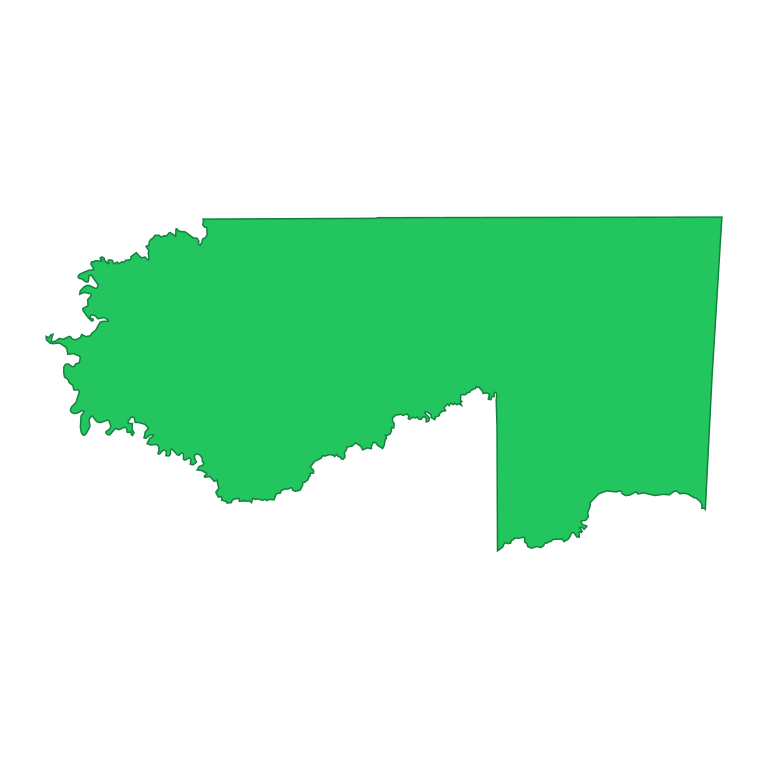 outline of San Luis, Petén, Guatemala
{"feature_id": "79465075B4836456001209", "entity_name": "San Luis", "entity_type": "district", "adm_level": 2, "iso_a3": "GTM", "parent_name": "Guatemala", "parent_adm1": "Petén", "projection": "albers", "projection_center": [-89.769, 16.056], "detail": "fine", "context": "isolated", "style": "filled", "palette": "green", "viewbox_px": 768, "rotation_deg": 0, "n_neighbors": 0, "source": "geoboundaries", "source_scale": "gbopen_adm2", "svg_char_len": 6019}
<svg xmlns="http://www.w3.org/2000/svg" viewBox="0 0 768 768"><path d="M564.0,541.6L568.1,539.3L570.6,535.5L570.8,533.7L572.5,532.5L574.2,533.0L576.9,537.0L579.4,537.1L578.8,532.3L579.5,531.8L581.3,532.6L582.3,531.4L579.6,527.6L582.1,527.4L584.1,529.3L586.8,526.6L586.5,525.7L582.7,524.8L580.9,521.7L582.1,520.6L585.6,520.5L588.4,516.7L587.6,513.0L590.1,506.1L590.3,502.5L598.8,493.7L606.8,490.9L616.0,491.9L620.2,490.9L621.4,491.5L622.4,493.9L625.7,495.6L630.2,494.9L635.9,491.8L638.0,494.0L643.6,492.8L654.7,495.5L663.6,494.3L669.3,494.9L674.0,491.4L676.7,491.1L680.1,493.9L682.8,493.2L687.6,493.8L693.8,497.7L696.0,497.9L700.6,501.9L701.9,504.5L701.9,508.3L704.3,508.4L705.3,509.4L712.0,377.4L721.9,217.1L377.3,217.7L376.8,218.3L203.0,219.1L203.5,221.9L202.7,224.6L204.5,227.1L206.8,227.5L207.1,234.8L205.4,237.7L202.5,239.1L201.9,242.5L200.0,245.4L198.5,244.0L198.8,241.0L197.0,238.2L193.5,238.0L185.4,232.0L178.7,231.1L176.9,228.8L176.0,229.1L175.6,236.1L170.2,232.6L168.8,233.1L166.6,236.0L164.1,235.7L161.4,237.2L158.9,235.3L155.0,235.3L152.4,238.8L151.2,239.0L149.3,241.8L149.0,244.8L146.0,246.5L148.8,250.4L148.2,253.8L148.9,256.5L148.6,259.9L147.6,259.8L145.1,257.0L142.0,257.8L140.0,256.8L136.3,252.7L130.9,256.7L131.1,258.6L130.2,259.7L125.4,260.3L124.6,262.1L121.8,261.8L118.5,263.9L117.3,262.0L113.9,263.8L112.1,260.2L108.6,259.9L107.8,262.2L108.6,263.5L107.9,263.7L104.6,260.3L104.1,258.1L102.3,257.0L100.4,257.5L100.4,259.3L101.8,259.9L101.5,261.2L96.8,260.7L95.0,260.9L93.5,262.2L92.5,261.5L91.4,262.0L90.9,264.1L93.4,268.4L93.4,269.8L88.3,270.4L80.0,274.0L78.3,275.8L78.1,277.3L79.3,278.4L81.8,278.9L85.6,281.8L87.6,282.0L88.3,281.6L89.0,275.8L91.3,275.2L98.0,284.7L98.0,286.3L96.6,288.3L95.2,288.3L89.1,285.4L86.9,285.4L84.3,286.7L80.2,291.0L79.7,294.3L83.8,292.4L89.8,293.5L91.1,294.5L90.6,296.4L87.7,299.6L88.0,305.8L82.9,308.4L82.9,310.4L88.3,317.8L91.6,321.0L93.0,320.7L93.2,319.3L90.8,318.1L90.1,316.5L90.5,315.5L92.0,315.0L95.1,315.6L97.9,318.8L103.2,317.6L104.8,317.9L108.3,320.1L108.3,321.3L103.2,321.3L100.0,322.3L95.8,330.0L91.8,333.4L90.3,335.8L85.9,336.6L81.7,334.5L80.4,337.4L75.9,339.8L72.3,339.1L70.4,336.6L68.9,336.5L63.2,339.3L59.3,338.4L55.9,340.9L52.9,341.8L51.7,341.3L51.3,339.8L53.0,334.3L50.9,334.9L48.8,337.6L46.1,336.4L46.5,339.9L50.0,343.1L52.8,343.7L59.5,343.0L65.5,347.0L66.8,348.7L67.8,354.3L73.4,353.6L79.5,356.2L80.3,357.4L79.3,362.8L75.8,363.8L73.9,366.7L72.0,366.5L68.1,363.9L65.6,364.2L63.9,366.8L63.7,372.4L64.5,377.0L68.0,379.4L69.2,382.6L72.8,385.5L73.9,390.0L77.9,389.8L79.5,391.6L75.9,402.6L71.7,406.7L70.4,410.0L71.4,412.4L74.0,413.5L77.2,413.2L82.1,410.6L83.5,411.0L83.6,412.5L81.0,416.0L80.4,427.5L81.3,432.5L83.1,435.0L84.0,435.3L85.8,434.2L89.3,428.0L90.0,425.8L88.9,419.5L91.7,416.0L92.8,416.4L96.4,421.3L98.4,422.4L101.0,422.5L107.2,420.2L109.0,420.8L110.8,426.3L110.0,428.6L106.0,431.7L105.9,432.9L107.7,434.7L109.8,434.8L115.4,428.4L119.2,429.7L124.7,427.2L126.5,428.2L127.3,432.3L131.1,432.1L131.2,434.4L132.3,435.5L134.0,432.8L132.0,428.9L132.4,423.6L128.4,423.3L127.9,422.0L130.9,417.4L133.4,417.0L134.4,418.2L135.1,422.4L139.2,422.6L145.1,424.4L148.4,428.1L145.3,431.9L144.0,438.0L145.8,438.3L150.0,435.0L153.4,434.9L153.0,436.5L149.8,438.1L147.1,443.6L150.4,445.0L156.3,444.5L157.9,445.4L158.9,447.2L158.8,451.0L158.0,453.0L158.5,454.1L159.6,454.0L162.7,450.6L164.7,450.0L166.4,451.4L165.9,455.7L169.2,455.9L170.5,454.0L170.5,449.9L171.9,448.9L177.4,455.0L179.5,455.1L181.4,452.8L182.7,452.8L183.4,454.2L183.5,459.5L185.1,460.1L188.2,458.3L189.9,458.2L190.9,460.1L190.3,464.3L193.3,464.8L196.4,462.1L194.5,457.8L194.7,455.2L196.7,453.9L199.5,454.7L202.0,457.6L202.4,461.5L203.8,463.5L203.1,465.0L199.2,466.5L197.2,470.0L201.9,470.6L206.7,473.4L206.8,474.2L204.3,475.9L204.7,477.2L210.0,476.6L214.2,481.4L216.9,480.1L218.8,488.4L215.8,492.2L218.3,497.1L221.2,496.6L222.1,498.7L221.6,500.1L226.0,501.4L227.0,503.1L231.3,502.6L232.6,499.7L236.9,498.5L239.1,498.5L239.3,501.3L242.3,501.1L243.8,500.2L244.3,501.1L249.4,501.0L251.6,502.6L252.6,498.3L255.5,499.5L257.3,498.8L262.4,500.2L265.3,499.3L266.7,500.5L269.4,499.4L274.0,499.9L276.3,493.8L280.5,493.0L280.6,491.2L284.0,489.2L288.2,489.0L291.0,487.6L292.1,488.1L292.6,490.0L295.0,491.3L300.1,490.2L302.7,485.2L302.5,482.6L304.5,482.4L307.8,479.9L308.9,476.9L310.1,476.0L310.0,473.4L313.5,473.1L313.6,470.4L310.2,467.0L314.9,461.2L320.9,458.4L322.9,455.6L324.9,456.1L329.5,454.6L333.6,455.3L334.6,456.6L336.7,454.3L338.1,456.4L340.5,457.2L341.3,459.0L343.4,459.1L345.0,457.0L344.4,452.6L346.4,449.8L347.0,447.1L352.4,445.9L355.7,442.9L360.8,446.3L362.7,449.9L367.2,447.9L371.4,448.7L371.4,446.0L373.5,442.3L375.5,442.7L378.1,445.7L382.6,448.5L384.1,445.7L385.1,440.0L386.5,438.1L385.6,435.2L387.3,435.5L390.3,433.7L391.5,430.5L391.3,428.0L393.8,427.9L394.2,423.7L392.5,420.9L392.6,417.9L396.5,414.7L398.8,414.9L400.1,413.9L402.9,415.4L406.9,414.0L409.0,416.1L408.2,418.4L409.4,419.5L412.5,417.3L415.7,418.0L417.4,417.1L418.9,419.2L421.1,419.4L422.8,416.9L424.2,416.9L426.2,418.3L426.2,422.0L428.7,421.1L429.4,417.9L424.7,412.8L425.3,411.8L427.0,411.9L430.9,414.4L431.2,417.6L434.8,419.7L435.5,417.0L439.2,415.7L439.8,413.3L441.8,411.5L445.6,410.7L444.1,407.7L447.4,404.1L449.2,405.7L450.5,403.3L453.5,404.6L454.4,403.0L456.7,404.7L459.1,403.9L461.5,405.3L460.1,402.3L461.9,401.7L460.5,399.7L460.8,395.2L462.9,394.3L463.9,394.9L466.0,394.4L467.4,392.5L469.5,392.4L471.1,390.3L475.4,388.4L476.2,386.5L477.3,387.5L479.4,387.0L480.4,389.3L482.0,390.2L483.1,393.5L487.1,392.8L489.4,394.1L488.3,399.2L489.1,399.5L491.0,399.6L491.7,396.6L494.3,396.5L493.8,394.2L494.7,392.3L495.5,392.4L496.3,393.2L496.7,396.4L496.2,400.5L497.0,426.7L497.5,550.9L502.8,547.0L503.7,544.3L505.9,542.5L507.7,543.6L510.6,543.2L511.4,540.5L513.8,539.3L514.4,538.0L518.8,538.2L524.0,537.2L524.8,538.1L524.7,542.0L526.9,543.6L527.8,546.6L531.4,548.2L537.0,546.5L540.8,547.6L543.7,545.6L544.6,543.2L547.3,543.0L548.1,542.1L551.0,541.4L553.1,539.4L562.1,539.1L564.0,541.6Z" fill="#22c55e" stroke="#15803d" stroke-width="1.5"/></svg>